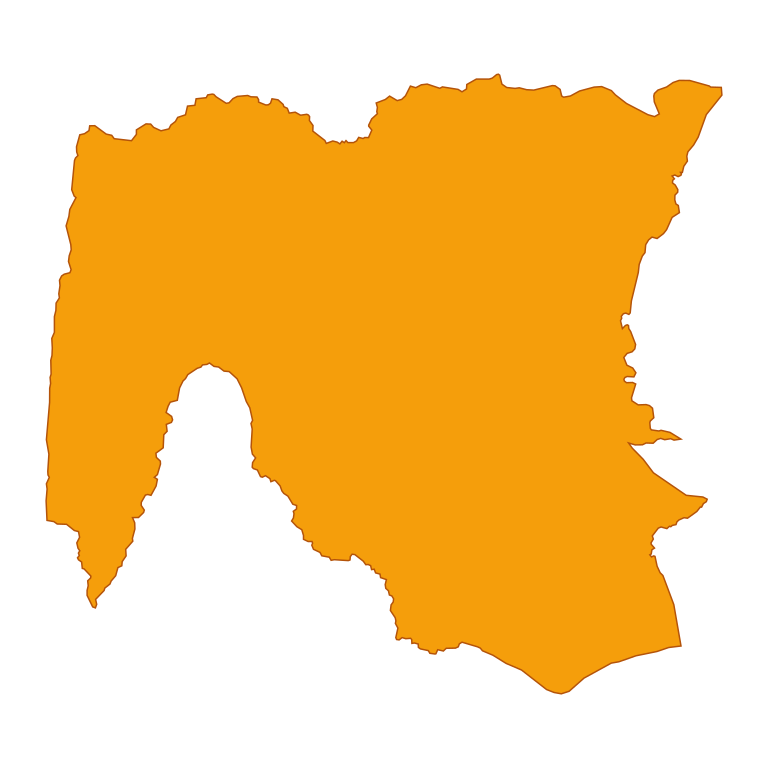 the district of Rio Quito (Paimadó), Chocó, Colombia
{"feature_id": "7082276B43042384629965", "entity_name": "Rio Quito (Paimadó)", "entity_type": "district", "adm_level": 2, "iso_a3": "COL", "parent_name": "Colombia", "parent_adm1": "Chocó", "projection": "orthographic", "projection_center": [-76.811, 5.552], "detail": "fine", "context": "isolated", "style": "filled", "palette": "amber", "viewbox_px": 768, "rotation_deg": 0, "n_neighbors": 0, "source": "geoboundaries", "source_scale": "gbopen_adm2", "svg_char_len": 5994}
<svg xmlns="http://www.w3.org/2000/svg" viewBox="0 0 768 768"><path d="M681.0,646.0L673.8,604.6L662.9,575.5L660.1,572.7L657.1,566.2L655.0,556.4L653.8,555.9L651.5,556.9L649.8,554.8L651.2,554.0L651.9,549.8L654.5,548.1L651.3,544.4L651.0,542.9L653.3,539.1L652.3,535.9L658.3,528.1L661.1,527.0L666.9,528.6L669.4,526.3L670.8,526.7L672.3,525.4L676.0,524.6L676.9,521.9L678.9,520.0L684.0,517.7L687.5,518.2L696.8,511.5L700.3,507.1L701.6,507.1L703.4,503.6L706.3,501.7L707.2,499.2L702.9,497.0L686.2,495.3L653.4,472.8L643.2,459.3L632.3,448.2L628.6,443.0L635.2,444.9L642.4,444.8L646.1,443.0L653.2,443.2L657.2,439.5L660.7,438.4L664.7,439.7L670.7,438.7L674.0,440.1L680.9,439.1L670.0,432.4L661.0,430.3L658.9,431.0L651.4,429.9L650.3,428.4L649.8,422.7L650.3,421.0L653.8,417.7L652.5,408.2L649.5,405.6L646.1,404.6L638.2,404.9L631.9,400.8L631.5,397.8L635.7,384.0L632.6,382.5L626.5,382.7L624.4,381.1L623.9,379.3L624.9,377.5L627.1,376.5L633.9,376.9L635.9,372.8L632.7,368.0L626.9,365.2L623.8,357.5L627.1,353.4L632.1,351.8L634.8,348.9L635.6,344.5L630.7,331.6L628.8,328.6L628.5,325.5L627.2,324.8L625.4,325.5L622.4,328.6L620.5,320.7L621.7,318.3L621.3,316.3L623.4,313.7L625.8,313.1L628.9,314.4L630.2,312.9L631.4,300.9L638.3,272.5L639.2,264.4L642.3,256.1L645.0,252.6L645.7,244.7L648.6,239.9L652.0,237.1L657.1,238.5L663.5,233.6L666.6,229.6L672.1,217.4L679.4,212.6L678.3,205.5L675.9,203.9L674.8,199.9L674.9,195.2L677.7,192.2L677.8,189.6L675.2,185.0L672.5,182.9L672.7,180.3L674.4,178.8L672.1,176.0L674.8,175.0L678.1,176.6L680.9,175.3L681.5,173.7L680.5,172.4L682.4,172.3L683.8,166.3L687.4,161.1L686.8,156.2L687.9,151.8L693.6,145.0L698.2,137.1L706.3,114.6L721.9,95.1L721.3,87.4L710.7,87.1L709.3,86.0L689.7,80.5L679.2,80.4L673.1,82.5L666.6,87.0L657.9,90.1L654.4,93.5L653.8,96.0L654.3,101.9L659.3,113.9L654.6,116.6L647.9,114.7L626.5,103.5L615.4,94.9L611.4,90.6L601.7,86.6L594.1,87.1L579.6,91.0L570.4,96.0L563.6,97.2L561.7,96.0L560.1,89.4L555.1,85.8L552.3,85.6L533.8,90.1L526.6,89.7L519.3,87.8L515.1,88.4L506.7,87.5L501.9,84.1L499.7,75.2L498.4,74.2L496.6,74.6L492.3,78.1L489.1,79.1L476.3,79.1L466.8,84.5L466.5,89.0L462.0,91.8L458.1,89.4L442.4,86.9L439.8,88.3L427.2,84.1L421.3,84.8L415.8,87.7L410.4,86.1L405.5,95.8L401.7,99.4L397.2,100.6L389.6,96.1L385.3,99.5L376.2,103.0L377.4,107.4L376.8,111.7L377.4,113.7L371.7,118.9L368.7,125.1L368.7,126.2L371.8,130.1L368.5,137.6L364.8,137.5L363.1,138.5L358.7,137.4L356.6,140.9L353.5,142.6L347.9,142.6L346.0,140.6L344.3,142.7L342.1,141.2L339.9,143.9L337.1,142.1L332.8,141.0L326.3,143.4L324.9,140.5L312.8,131.1L313.0,125.5L309.4,120.5L309.6,116.6L308.4,115.0L306.8,114.3L300.6,115.2L295.2,112.2L289.2,113.1L287.3,108.3L283.9,106.7L283.1,104.4L278.0,99.8L272.0,98.8L270.5,103.2L268.3,104.8L265.8,105.0L258.6,102.1L258.6,99.6L257.0,97.0L250.9,96.8L247.7,95.5L237.3,96.4L233.0,98.6L229.1,102.8L226.2,103.3L216.1,96.8L213.8,94.4L212.2,94.1L207.7,94.9L206.2,97.7L196.1,98.8L194.9,105.3L187.5,106.1L185.5,114.8L177.7,117.4L175.4,121.5L170.9,125.0L168.9,128.9L161.0,130.8L153.6,127.4L150.7,124.1L146.0,123.9L136.4,129.9L136.4,134.4L131.5,140.7L114.2,138.7L111.7,135.3L106.2,134.1L94.8,125.7L89.7,125.8L89.0,130.6L84.5,133.7L79.8,134.8L76.5,146.8L76.7,151.9L77.9,155.6L75.5,158.0L74.5,160.5L71.7,189.7L74.2,196.1L76.0,197.6L69.8,209.4L68.9,216.4L66.1,225.9L70.8,244.6L71.2,249.9L69.2,255.8L68.5,261.5L71.1,269.7L69.9,272.7L64.2,274.2L61.6,276.0L59.5,280.2L60.0,285.6L58.8,293.8L59.4,297.9L56.1,303.1L55.9,310.4L54.4,316.6L54.4,332.4L51.8,338.4L52.3,348.0L52.0,355.5L50.8,360.2L51.1,374.2L50.1,377.4L50.6,383.5L49.7,388.2L49.6,402.3L46.4,439.7L48.9,454.2L47.8,471.3L48.0,475.0L49.3,477.3L46.4,483.8L47.1,489.0L46.1,500.8L47.0,520.4L53.9,521.6L57.2,524.0L66.6,524.3L74.3,530.5L78.5,531.6L79.6,537.3L76.8,542.9L78.0,548.2L79.8,550.8L78.4,553.1L79.3,555.5L77.5,557.8L78.5,559.8L81.6,562.0L82.3,568.4L84.1,568.9L90.9,576.1L90.6,578.0L87.7,580.8L88.2,585.8L87.1,590.4L87.1,595.4L92.7,606.9L95.4,607.9L96.7,604.3L95.6,599.4L104.1,590.5L104.8,588.1L110.0,584.0L111.1,581.1L115.7,575.7L117.9,567.6L121.8,565.8L122.2,561.6L126.1,555.9L125.7,549.3L132.8,541.2L132.4,538.4L134.9,529.0L134.7,522.8L132.5,517.6L138.5,517.5L143.6,512.5L144.3,510.1L141.2,505.4L141.3,502.3L145.4,495.1L147.7,494.5L151.0,495.3L156.1,486.0L157.4,479.3L154.3,477.3L157.4,474.6L160.5,464.0L160.3,461.1L156.4,457.4L155.9,453.2L163.2,447.8L163.8,434.7L167.1,431.3L166.3,424.4L171.4,422.4L172.6,419.9L171.6,416.4L166.1,412.5L168.1,406.2L170.2,402.2L177.3,400.3L179.6,387.9L183.0,381.0L185.5,378.6L187.8,374.6L197.2,368.3L200.9,367.1L202.5,364.9L206.9,364.4L209.5,363.0L214.0,366.4L218.6,367.0L224.0,371.1L229.2,371.6L237.1,378.8L241.6,387.8L246.3,401.5L249.8,407.8L252.6,420.4L251.0,423.5L252.2,429.0L251.1,447.1L252.4,454.1L255.6,457.9L252.6,462.6L252.2,467.2L253.4,468.6L257.4,470.0L260.5,476.6L262.3,477.2L265.5,475.7L269.9,478.6L270.9,481.7L274.4,480.3L275.5,480.7L280.1,485.9L281.9,490.9L283.8,493.4L287.9,496.1L292.8,504.2L296.6,505.5L296.5,509.0L293.3,511.3L294.0,513.7L293.4,518.0L291.6,521.0L296.9,526.7L301.8,529.7L303.5,535.5L303.5,539.3L308.1,541.5L312.0,541.5L312.6,543.1L311.8,545.2L313.5,549.3L320.0,552.4L321.8,555.8L329.3,557.2L331.1,560.3L334.3,559.7L348.3,560.6L350.0,560.0L350.3,556.6L352.1,554.2L354.9,554.6L363.3,561.2L365.8,564.7L368.1,564.5L370.6,565.6L371.6,569.6L374.2,569.2L375.6,572.9L380.0,574.1L380.6,577.6L386.4,579.6L385.2,584.6L385.8,588.4L388.4,590.7L389.4,595.0L391.8,595.9L393.6,598.8L393.2,602.0L391.1,604.9L390.4,610.5L395.2,617.7L395.9,620.9L395.4,623.4L397.9,628.1L395.8,637.6L396.6,639.5L399.1,639.9L402.1,637.6L405.8,638.7L410.6,638.3L411.7,639.6L411.9,643.4L414.4,643.0L418.2,644.0L418.4,647.4L420.4,648.9L428.3,650.6L429.9,653.3L435.0,654.0L435.9,653.8L437.7,649.7L443.4,651.0L446.2,648.3L455.5,648.1L458.3,646.8L459.3,643.9L462.0,642.2L477.5,646.8L480.3,648.1L482.5,650.8L492.9,655.2L506.1,663.4L521.5,670.0L546.5,689.5L554.1,692.5L561.3,693.8L569.1,691.3L584.0,678.1L611.3,663.1L618.8,661.8L635.9,655.8L657.0,651.5L668.7,647.5L681.0,646.0Z" fill="#f59e0b" stroke="#b45309" stroke-width="1.5"/></svg>